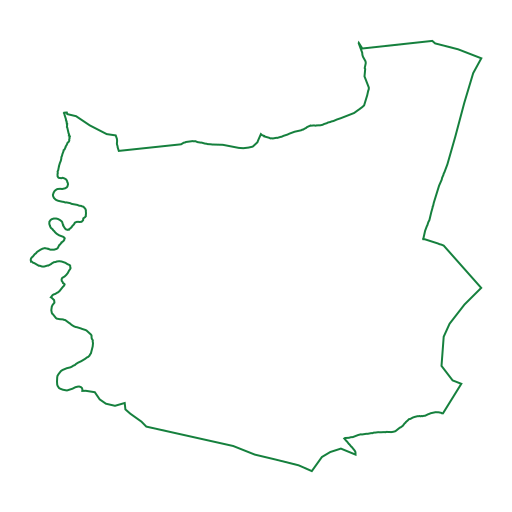 outline of Balata, Castries, Saint Lucia
{"feature_id": "8701671B12100696846936", "entity_name": "Balata", "entity_type": "district", "adm_level": 2, "iso_a3": "LCA", "parent_name": "Saint Lucia", "parent_adm1": "Castries", "projection": "mercator", "projection_center": [-60.955, 14.015], "detail": "fine", "context": "isolated", "style": "outline", "palette": "green", "viewbox_px": 512, "rotation_deg": 0, "n_neighbors": 0, "source": "geoboundaries", "source_scale": "gbopen_adm2", "svg_char_len": 5811}
<svg xmlns="http://www.w3.org/2000/svg" viewBox="0 0 512 512"><path d="M222.8,144.8L212.1,144.5L211.0,144.3L207.6,144.1L206.4,143.7L205.0,143.6L201.6,142.6L200.6,142.6L197.5,142.1L195.4,141.2L193.7,141.3L192.6,141.1L185.9,142.0L185.0,142.5L183.7,142.7L181.1,144.3L118.8,150.9L117.6,147.1L117.6,146.4L117.0,144.4L116.9,143.6L117.1,140.9L116.9,138.8L115.7,135.4L106.7,134.1L89.8,125.4L76.1,116.2L67.3,114.1L66.8,112.5L64.1,112.7L63.9,113.0L64.5,114.1L64.5,114.7L66.0,119.4L65.9,120.0L66.6,121.3L66.4,121.7L66.7,122.4L66.7,122.8L67.1,123.6L66.8,123.7L67.1,125.4L66.9,127.0L67.3,127.7L68.6,133.4L69.0,134.1L68.9,135.4L69.4,135.4L69.9,136.6L69.4,137.2L69.6,138.1L69.2,139.4L69.3,140.5L68.8,141.7L67.6,142.7L66.7,144.9L65.6,146.6L65.6,147.2L64.9,148.5L64.6,149.4L63.6,150.2L63.5,151.2L62.4,154.1L62.0,155.8L61.4,157.1L61.3,158.6L60.8,160.8L59.9,163.0L58.9,166.3L59.0,166.6L58.8,167.1L58.2,170.2L57.6,171.5L57.8,173.2L57.5,174.0L57.6,176.4L58.3,177.5L58.9,177.9L61.5,178.2L62.6,177.8L64.1,178.3L65.7,179.1L66.6,180.1L67.2,181.3L67.3,182.1L67.8,183.0L68.0,184.3L67.4,186.5L66.8,187.3L65.2,188.3L62.2,189.0L60.1,188.8L57.7,189.0L57.0,189.2L55.6,190.1L54.6,191.0L53.7,192.5L52.9,194.9L53.1,196.1L53.9,197.9L55.4,199.4L56.2,200.0L58.2,200.8L62.2,201.7L63.7,201.9L65.3,202.5L66.4,202.4L70.0,203.1L71.7,203.9L77.3,204.9L79.2,205.7L81.2,205.9L82.1,206.4L83.4,206.7L85.3,208.8L85.9,210.3L85.8,210.7L86.0,213.3L85.9,214.6L85.7,215.1L85.9,216.0L85.1,217.1L83.3,218.4L83.1,220.2L81.9,221.5L81.5,221.8L79.7,222.0L78.1,221.8L76.6,221.9L74.8,222.7L74.3,223.8L73.4,225.0L73.1,225.2L72.0,226.4L71.7,227.1L71.2,227.4L70.8,228.0L69.5,228.9L69.1,229.6L68.5,229.5L67.9,229.9L66.0,229.4L65.1,228.6L63.1,225.5L63.3,225.1L62.7,224.0L62.2,222.1L61.6,221.3L59.9,220.0L58.0,219.0L56.1,218.5L53.9,218.5L51.7,219.2L50.6,220.0L49.4,221.7L49.3,223.8L49.6,225.0L50.0,225.5L50.0,226.1L50.8,227.8L52.7,229.4L53.2,230.3L54.3,231.2L54.9,232.1L56.6,233.7L59.1,235.3L63.2,236.8L63.9,237.3L64.5,237.9L64.7,238.4L64.3,239.1L64.3,239.8L63.3,241.2L61.5,242.4L61.6,242.7L60.6,243.7L60.1,244.5L59.3,245.0L57.7,248.1L56.6,248.9L54.0,249.7L50.8,249.7L50.1,249.6L48.4,248.8L48.1,249.0L47.4,248.6L45.9,248.4L44.9,248.1L42.5,248.7L40.5,249.7L37.4,251.7L36.7,252.3L36.1,253.2L34.7,254.2L32.9,256.5L32.0,257.2L31.0,258.5L30.7,260.0L31.0,261.4L31.3,261.2L33.0,262.7L34.3,263.1L38.9,265.8L39.7,265.7L41.9,266.5L43.2,266.6L44.4,266.5L47.6,265.5L48.2,265.6L51.2,264.0L51.5,263.6L53.9,262.2L55.7,262.0L56.7,261.5L59.2,261.2L61.6,261.5L65.4,262.8L67.4,264.1L69.7,265.1L70.2,265.9L70.2,267.0L70.5,267.7L70.5,268.4L70.0,269.3L69.1,270.5L67.8,273.0L66.3,274.9L64.6,276.5L62.7,277.6L62.0,278.2L61.6,279.4L61.7,280.8L62.8,282.3L63.0,283.1L64.1,283.7L64.6,284.3L64.4,285.0L63.7,286.1L62.9,286.8L59.5,291.1L57.8,292.5L57.2,292.7L55.3,293.9L53.5,294.5L52.6,295.1L50.9,297.3L51.5,297.6L54.1,300.1L54.4,302.2L54.4,302.7L52.6,304.9L51.8,306.6L51.3,310.2L51.8,312.8L52.2,313.7L52.8,314.1L55.9,318.0L56.7,318.6L59.8,319.2L63.0,319.4L63.5,319.7L65.3,320.1L68.9,322.8L70.2,323.6L70.5,324.0L71.9,325.1L73.9,326.3L75.6,327.0L76.9,327.2L81.1,328.5L81.7,328.8L85.5,330.0L86.5,330.5L90.9,334.5L91.5,335.4L91.6,337.8L91.8,338.7L92.8,340.3L92.7,341.5L93.0,343.2L92.7,346.4L90.9,353.4L90.0,354.5L89.6,355.5L88.2,356.9L87.0,357.4L85.2,358.8L81.2,361.2L78.2,362.6L76.1,363.9L74.8,365.1L73.4,365.6L71.6,366.8L70.2,367.4L66.8,368.2L62.5,370.0L60.9,371.1L58.7,373.9L57.5,375.8L57.2,377.4L57.0,381.6L57.2,384.7L57.7,386.0L59.0,388.0L60.2,388.7L62.8,389.7L66.4,390.4L67.2,390.4L72.5,388.7L75.4,387.2L77.9,386.6L79.1,386.5L80.9,387.1L81.9,388.0L82.4,389.4L82.3,390.9L85.8,390.8L94.8,392.2L99.7,399.4L105.9,403.7L115.0,405.8L124.7,403.0L125.4,409.4L130.3,413.7L141.4,421.6L146.3,426.6L233.2,446.0L254.8,454.6L272.9,458.9L298.6,465.3L311.8,471.1L321.9,457.0L330.3,452.0L340.9,448.6L355.5,454.6L355.5,452.8L355.3,451.7L354.6,450.5L351.7,446.9L351.2,446.6L349.3,444.2L348.9,444.0L347.0,441.5L346.4,441.0L344.3,438.5L345.1,438.0L348.9,437.8L350.9,437.2L352.8,437.1L358.2,435.0L360.9,434.3L361.9,434.5L366.2,433.8L367.8,433.8L371.3,433.1L372.3,433.2L373.9,432.6L375.2,432.6L378.1,432.2L380.7,432.3L383.7,432.1L385.7,432.2L386.2,431.9L391.5,432.1L393.7,431.7L395.4,431.2L399.9,427.6L400.6,427.4L402.8,425.8L404.6,423.4L405.5,422.7L405.9,422.0L407.8,420.4L408.9,419.2L410.4,418.9L412.7,417.6L414.4,417.0L417.5,416.2L418.9,416.2L419.6,416.0L420.4,416.3L421.8,416.0L422.3,416.2L423.5,415.9L425.2,415.7L428.0,414.3L428.9,414.0L430.8,413.2L435.5,412.2L438.7,412.3L441.4,412.9L441.9,413.3L443.0,413.3L461.3,383.8L452.6,380.4L441.5,365.9L443.7,336.7L449.6,323.7L464.5,304.5L481.2,287.9L443.7,245.6L441.3,244.6L439.5,244.2L438.0,243.5L424.9,239.3L423.2,239.2L423.1,238.9L423.5,238.0L425.1,230.8L426.9,226.0L427.3,225.4L428.3,222.2L429.4,220.1L431.3,212.1L432.6,207.5L432.7,206.5L433.1,205.9L433.8,202.7L439.1,185.6L441.7,179.7L442.1,177.8L443.4,174.9L443.7,173.6L444.4,172.3L447.4,164.3L455.3,136.6L464.3,102.8L473.2,73.1L481.3,58.3L458.1,49.3L435.1,43.4L432.3,40.9L362.3,48.5L358.8,42.9L358.7,43.2L362.2,52.7L362.4,54.9L363.0,56.8L365.4,61.1L365.7,62.2L365.7,63.5L364.7,68.1L365.2,69.0L364.5,76.4L368.8,87.5L368.8,89.0L368.1,91.3L368.3,90.3L367.2,95.3L364.1,105.4L362.1,107.2L354.1,113.0L340.8,118.2L336.9,119.5L333.5,121.0L331.3,121.5L330.3,122.0L328.0,122.5L326.8,123.2L324.1,124.0L322.6,124.8L320.3,125.3L316.6,125.4L315.7,125.7L314.0,125.4L310.9,125.7L310.4,125.5L309.9,125.9L308.7,126.3L306.7,127.3L306.2,127.9L305.1,128.4L302.9,129.7L302.3,129.6L301.4,130.2L300.2,130.5L294.7,131.7L289.5,133.6L287.4,134.6L283.6,135.8L281.5,136.8L280.9,136.8L277.3,137.9L276.4,137.8L272.7,138.5L272.0,138.3L270.4,138.4L269.2,137.8L264.2,136.4L264.2,135.9L262.1,135.2L260.9,134.1L258.0,140.7L257.4,142.3L253.0,146.4L252.4,146.7L248.4,147.6L243.3,148.2L238.8,147.9L222.8,144.8Z" fill="none" stroke="#15803d" stroke-width="2"/></svg>